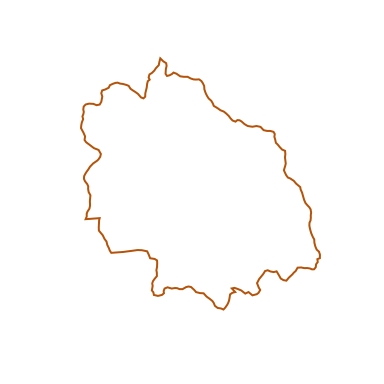 the district of Descalvado, São Paulo, Brazil, rotated 143°
{"feature_id": "56859067B20222992390792", "entity_name": "Descalvado", "entity_type": "district", "adm_level": 2, "iso_a3": "BRA", "parent_name": "Brazil", "parent_adm1": "São Paulo", "projection": "mercator", "projection_center": [-47.656, -21.88], "detail": "fine", "context": "isolated", "style": "outline", "palette": "amber", "viewbox_px": 384, "rotation_deg": 143, "n_neighbors": 0, "source": "geoboundaries", "source_scale": "gbopen_adm2", "svg_char_len": 3501}
<svg xmlns="http://www.w3.org/2000/svg" viewBox="0 0 384 384"><g transform="rotate(143 192 192)"><path d="M210.2,318.6L213.1,317.4L216.0,318.8L217.7,321.7L221.0,324.5L224.3,325.9L227.1,325.4L229.2,323.3L230.2,321.1L232.0,319.5L234.0,318.3L235.1,315.7L238.2,313.8L240.1,312.1L242.2,309.8L243.0,304.6L243.9,300.8L246.5,298.2L246.6,295.4L245.4,291.3L243.9,286.0L241.3,281.8L241.9,277.2L244.2,275.3L247.2,274.3L249.3,274.1L253.7,274.3L258.1,273.6L261.9,272.2L264.0,271.6L266.3,270.7L268.6,269.6L270.4,267.5L271.0,264.8L270.9,261.4L271.5,258.9L273.1,257.0L274.6,254.1L275.1,250.5L279.1,246.1L281.6,242.5L284.0,240.4L287.2,239.3L289.2,238.0L290.8,235.8L293.3,234.3L281.5,226.7L283.2,225.3L287.8,219.8L289.6,217.2L289.5,214.5L289.3,211.2L290.1,207.2L290.1,203.9L291.5,200.7L292.2,197.0L292.9,194.8L293.1,192.0L283.0,185.5L279.8,183.7L275.8,181.4L270.4,178.4L267.1,175.7L263.5,171.6L264.2,168.2L265.3,164.3L262.1,161.0L261.1,158.4L262.4,156.4L265.0,153.2L267.5,151.0L268.6,148.8L270.7,145.9L274.0,145.2L276.8,144.3L278.8,142.9L279.9,140.7L281.7,139.0L283.3,137.6L283.2,135.2L284.4,132.7L281.7,129.5L278.0,127.9L275.4,128.0L274.2,130.0L272.0,131.4L268.9,130.6L266.3,127.1L263.3,125.5L261.7,124.1L260.4,121.9L258.0,120.1L253.9,119.6L251.6,118.6L249.9,116.6L249.1,112.1L249.0,109.6L246.4,106.4L243.7,104.1L243.3,99.7L242.1,95.8L241.3,92.7L241.4,90.4L242.2,87.3L241.3,84.0L238.9,81.5L237.6,79.2L234.9,79.7L231.8,80.7L229.6,81.8L227.9,82.9L226.2,84.4L223.2,87.3L220.4,87.2L217.7,86.1L218.2,91.0L215.8,89.9L214.0,87.3L211.9,83.7L210.6,78.8L207.1,78.1L205.9,73.1L201.8,71.4L199.6,71.4L196.5,72.7L196.2,75.5L194.9,80.1L190.7,82.1L184.5,83.6L181.2,84.9L178.6,83.9L177.3,81.5L175.0,78.9L172.2,77.7L172.8,72.2L173.2,69.5L172.0,66.6L170.0,64.4L166.2,65.3L161.4,65.8L159.3,66.3L156.8,66.5L153.2,68.0L150.2,66.0L148.1,63.6L145.6,61.8L143.8,59.9L142.7,58.0L141.0,56.8L138.5,57.4L136.4,59.6L133.7,60.4L132.3,62.9L129.7,62.2L127.5,65.0L126.5,68.0L127.1,70.9L126.3,74.2L124.8,77.8L122.9,80.6L122.6,83.2L121.6,87.3L120.6,89.9L119.7,92.1L118.5,94.5L116.7,96.7L114.5,97.9L112.7,99.8L111.1,102.0L109.3,103.8L107.7,106.8L107.5,109.3L107.8,111.7L108.0,114.9L107.2,118.2L105.9,121.6L104.5,125.2L103.7,128.7L102.6,130.8L103.2,133.3L103.8,136.0L104.0,139.7L105.4,143.7L106.7,145.8L106.7,148.5L106.1,151.6L105.5,154.1L101.8,156.8L100.0,158.3L98.4,161.1L96.9,163.7L94.6,166.1L92.9,168.9L94.5,171.6L94.9,175.1L95.0,178.5L95.4,180.8L94.0,183.8L93.0,186.5L91.0,188.5L90.7,191.0L92.7,193.6L95.3,195.6L97.6,198.3L98.1,202.8L100.8,205.9L104.4,207.7L106.2,209.5L107.8,211.2L109.2,214.6L110.0,218.6L110.9,220.7L112.5,222.1L114.9,222.0L116.6,224.7L116.9,227.6L116.9,230.7L117.5,234.3L118.2,237.1L120.1,240.2L121.0,243.2L121.9,245.5L122.8,247.7L122.1,250.0L121.7,253.2L122.4,256.7L122.2,259.4L121.7,262.2L121.1,264.3L120.3,266.6L118.5,269.3L117.9,272.2L117.7,275.0L118.6,277.7L121.4,279.6L123.1,281.1L124.8,283.6L126.2,286.7L129.4,289.1L131.8,291.5L133.2,295.8L134.9,298.5L137.0,298.3L139.6,298.7L142.1,299.7L142.0,302.3L138.9,305.9L136.4,308.0L135.1,310.4L136.3,313.7L136.9,317.8L139.9,315.4L142.2,313.3L146.3,312.6L149.2,311.6L152.5,311.2L155.2,311.5L157.7,309.6L158.2,307.2L160.6,307.1L162.7,305.4L165.5,302.5L167.6,300.8L169.9,298.9L172.0,296.3L174.4,296.0L175.8,298.2L176.1,302.8L177.1,306.1L178.1,308.7L179.0,311.5L178.7,314.9L179.9,316.9L182.1,319.8L184.3,322.0L185.6,324.1L187.5,325.2L190.3,326.1L193.3,326.7L195.8,325.4L199.6,326.1L202.6,327.2L205.0,325.5L206.2,322.2L210.2,318.6Z" fill="none" stroke="#b45309" stroke-width="2"/></g></svg>